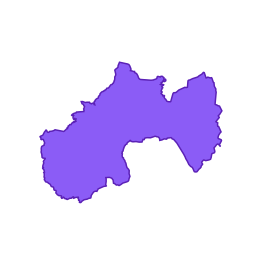 the district of Ea Kar, Đắk Lắk, Vietnam, rotated 70°
{"feature_id": "81297802B96415917644052", "entity_name": "Ea Kar", "entity_type": "district", "adm_level": 2, "iso_a3": "VNM", "parent_name": "Vietnam", "parent_adm1": "Đắk Lắk", "projection": "robinson", "projection_center": [108.562, 12.804], "detail": "fine", "context": "isolated", "style": "filled", "palette": "violet", "viewbox_px": 256, "rotation_deg": 70, "n_neighbors": 0, "source": "geoboundaries", "source_scale": "gbopen_adm2", "svg_char_len": 5860}
<svg xmlns="http://www.w3.org/2000/svg" viewBox="0 0 256 256"><g transform="rotate(70 128 128)"><path d="M176.9,47.2L176.4,47.5L175.0,48.0L174.0,46.7L172.0,44.6L171.6,44.4L170.8,44.5L168.8,46.7L168.0,46.8L166.9,46.2L165.5,45.0L164.0,42.9L163.5,41.9L157.7,42.3L157.4,42.5L157.1,43.1L155.4,42.7L153.8,41.9L152.5,43.1L152.2,43.2L151.8,42.8L149.4,38.7L149.0,38.6L148.1,39.0L147.3,38.9L146.7,37.4L144.0,33.9L138.8,34.5L138.3,35.0L137.9,35.8L136.8,36.6L135.8,37.9L135.3,38.0L124.5,32.9L122.7,32.7L121.4,32.1L118.4,32.6L115.3,31.9L115.1,31.7L114.0,32.2L109.8,32.1L109.3,32.3L109.0,33.7L107.5,35.6L107.8,36.8L107.6,37.5L102.1,37.4L101.6,37.9L101.6,38.3L102.7,40.3L103.2,43.3L103.9,45.1L103.7,50.5L104.0,53.4L103.8,54.8L104.2,55.5L110.0,58.2L110.0,58.7L109.9,59.4L109.2,60.7L109.7,67.3L111.0,70.5L110.9,71.7L110.5,72.9L110.7,73.5L111.2,74.1L117.5,78.6L117.8,79.0L117.7,79.6L116.9,81.4L116.0,82.4L113.9,82.7L113.3,83.2L111.7,83.6L110.2,82.7L109.6,83.1L109.9,84.0L109.6,84.4L108.3,84.3L107.2,85.1L106.7,85.1L106.0,83.7L105.7,83.6L105.0,84.3L104.0,83.9L103.5,83.1L102.5,82.6L102.1,81.6L100.7,82.1L100.2,81.3L99.9,80.0L99.5,79.7L98.9,80.5L98.7,82.0L98.2,82.6L97.7,81.2L96.7,81.2L96.7,80.1L95.6,78.8L95.5,78.0L96.5,78.5L96.8,78.1L96.9,77.5L96.5,76.3L95.2,76.0L94.8,76.3L94.1,77.6L93.0,77.0L91.0,78.3L90.7,79.5L91.1,80.2L89.7,82.3L90.0,83.2L90.9,83.7L91.4,84.2L91.6,85.9L91.4,86.8L91.6,87.5L91.0,90.0L86.7,99.6L86.0,100.4L84.7,100.9L82.1,100.9L80.2,101.2L79.4,101.6L78.3,102.7L77.1,102.5L76.8,103.5L76.0,104.4L74.9,106.1L74.2,105.3L73.2,105.0L70.1,105.1L68.6,105.5L67.7,106.5L63.3,113.5L65.9,115.9L67.5,116.7L68.2,118.4L68.5,119.6L69.1,120.6L73.2,121.1L74.4,121.7L75.5,123.0L77.2,123.6L78.6,124.4L78.9,124.9L79.7,125.2L80.0,125.8L80.9,126.5L80.9,127.0L81.6,128.0L81.5,129.3L82.2,130.5L82.8,131.1L82.9,131.4L83.7,132.6L83.4,134.4L84.4,135.5L84.5,136.8L84.9,137.1L84.8,138.0L85.2,138.6L85.0,139.8L85.5,141.2L86.2,142.5L87.4,143.2L88.2,144.9L89.5,145.6L89.7,146.0L89.7,147.0L90.0,148.1L90.7,149.4L91.5,149.9L91.5,150.4L91.9,150.9L92.4,151.2L94.8,151.3L94.5,151.7L94.1,151.6L93.6,151.9L93.1,151.8L92.6,152.5L92.7,154.3L92.1,154.6L91.5,155.4L90.6,155.4L89.7,157.9L89.4,159.5L87.6,161.6L87.2,162.9L89.2,162.9L89.7,162.8L90.5,161.8L91.9,161.9L92.7,161.4L94.3,162.5L94.9,163.2L96.4,163.2L96.9,163.8L97.4,163.9L95.4,171.0L96.0,171.6L95.8,172.7L95.8,174.3L96.2,175.9L96.7,176.6L97.0,176.5L97.4,175.7L97.4,174.8L97.6,174.7L98.1,175.4L99.1,176.0L99.8,176.2L101.2,176.1L101.5,176.0L101.5,175.6L100.9,175.2L100.8,174.7L101.2,174.6L101.6,175.0L101.8,173.8L103.1,174.6L103.4,175.5L103.7,174.9L103.9,174.8L104.1,176.3L103.5,176.4L103.5,176.8L103.6,177.1L103.8,176.8L104.1,177.0L104.2,177.4L104.0,178.1L104.1,178.8L105.4,180.5L104.9,181.2L104.9,181.6L105.6,182.6L105.6,183.4L106.4,183.7L106.8,184.9L107.0,185.1L107.5,184.8L107.9,185.1L107.8,185.9L109.1,188.9L109.2,189.7L104.7,197.2L105.0,198.0L105.0,200.3L104.4,202.8L104.9,203.8L104.8,204.5L104.5,204.9L103.9,205.2L102.4,205.3L101.9,205.7L103.3,208.0L105.4,210.2L105.7,211.1L105.8,213.1L106.2,213.7L107.4,213.2L108.8,213.7L109.3,213.4L109.5,212.0L109.9,211.5L113.3,211.4L113.9,211.6L114.4,212.3L115.4,212.6L115.8,215.3L116.3,215.8L117.9,216.7L119.2,217.0L120.9,217.9L123.2,218.0L126.2,218.8L127.1,218.3L128.2,216.2L128.5,216.3L129.9,218.4L130.5,219.0L132.1,219.1L132.7,219.7L133.3,220.0L133.8,220.6L135.2,221.3L136.2,221.1L136.1,221.6L136.2,221.8L136.8,222.0L138.7,221.3L140.7,221.6L140.9,221.6L141.0,222.4L142.2,222.3L144.6,223.2L145.3,223.7L146.2,223.3L146.6,223.4L147.6,224.2L148.2,224.3L148.8,223.9L149.6,224.0L150.5,223.7L151.6,222.0L152.5,221.8L153.9,220.6L154.7,220.3L156.7,220.1L158.1,218.3L159.4,218.4L160.7,218.7L161.3,218.4L162.1,217.1L163.1,217.2L164.3,218.0L165.5,217.5L166.4,217.3L167.8,216.2L168.9,214.0L169.1,213.8L169.6,213.7L170.3,214.5L171.4,214.3L171.5,214.1L171.3,213.5L171.4,212.6L171.1,212.1L173.0,211.3L173.4,210.1L174.1,209.9L174.4,209.3L174.1,206.7L174.6,205.4L174.0,203.7L174.1,202.8L174.6,202.6L175.2,203.2L175.5,203.0L175.3,201.7L175.5,200.2L176.0,198.4L176.4,198.4L176.8,199.0L178.1,198.8L179.0,199.1L179.1,198.6L179.4,198.5L180.8,198.7L181.3,199.0L181.8,198.3L181.8,197.6L181.0,196.2L180.4,193.8L180.9,190.6L180.7,189.1L181.0,187.0L180.3,186.4L178.8,185.6L176.7,182.7L176.3,181.9L176.2,180.9L176.4,179.7L176.9,178.9L175.0,176.8L174.6,170.7L175.1,168.4L175.0,168.2L173.5,168.3L171.0,166.9L168.2,165.9L167.0,165.8L168.0,162.5L168.5,161.7L169.6,160.5L171.7,159.8L175.0,160.5L175.5,159.7L177.3,158.7L177.7,158.3L177.8,157.4L178.3,156.7L179.0,156.1L178.8,154.4L178.0,151.7L178.2,147.5L178.1,146.2L177.5,145.3L175.8,144.2L174.1,142.7L171.3,142.6L168.4,141.4L167.0,141.6L164.9,142.5L162.8,142.4L160.3,142.0L158.5,142.3L157.4,142.1L155.7,142.7L154.5,142.5L153.8,143.2L151.7,142.9L150.4,142.1L149.6,142.4L149.1,141.8L148.3,141.5L148.0,140.6L146.1,139.4L145.8,139.0L145.1,138.7L144.5,137.9L143.7,137.4L143.5,136.6L143.0,136.3L142.7,135.4L142.7,134.5L141.7,133.9L141.4,133.3L141.0,131.6L140.4,130.4L140.6,129.9L141.2,129.9L141.6,129.7L142.6,128.2L143.5,125.1L145.0,122.5L146.0,119.7L143.9,117.8L144.4,117.0L144.4,116.7L143.4,115.8L143.3,114.9L143.6,113.4L144.9,110.2L145.0,105.4L145.6,104.4L146.0,104.1L146.5,103.0L147.6,102.2L148.8,102.0L150.5,102.4L150.8,100.2L150.6,97.7L151.6,95.8L151.6,95.3L151.1,95.0L151.0,94.3L151.8,90.8L152.4,90.4L153.2,90.3L154.5,88.9L159.0,87.2L171.7,84.6L174.9,84.2L176.5,84.2L179.6,83.6L183.0,83.3L185.5,82.3L186.7,81.3L187.3,81.0L188.8,80.8L191.2,80.7L191.7,80.6L192.2,80.0L192.7,78.5L192.6,78.0L191.0,75.5L190.4,73.8L189.8,72.8L188.6,72.1L187.8,70.5L187.4,70.2L186.2,70.5L185.3,70.4L184.9,69.9L184.0,68.2L184.0,67.6L185.1,66.4L185.3,65.8L185.7,62.8L185.6,61.1L184.1,59.9L181.1,58.2L180.8,57.7L180.8,55.2L180.2,54.7L179.7,54.4L176.2,54.0L175.8,53.7L175.3,52.4L174.1,50.7L173.7,49.5L173.9,48.9L174.6,48.4L176.6,47.7L176.9,47.2Z" fill="#8b5cf6" stroke="#5b21b6" stroke-width="1.5"/></g></svg>